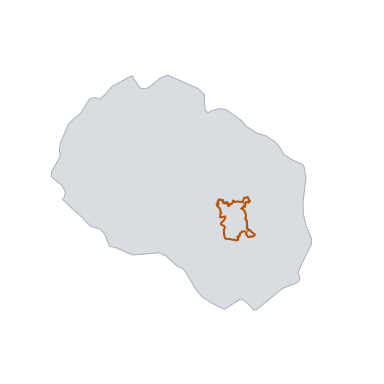 location of Shtip, Štip, North Macedonia, rotated 47°
{"feature_id": "65306769B54195317631303", "entity_name": "Shtip", "entity_type": "district", "adm_level": 2, "iso_a3": "MKD", "parent_name": "North Macedonia", "parent_adm1": "Štip", "projection": "robinson", "projection_center": [22.163, 41.717], "detail": "fine", "context": "in_parent", "style": "outline", "palette": "amber", "viewbox_px": 384, "rotation_deg": 47, "n_neighbors": 0, "source": "geoboundaries", "source_scale": "gbopen_adm2", "svg_char_len": 3207}
<svg xmlns="http://www.w3.org/2000/svg" viewBox="0 0 384 384"><g transform="rotate(47 192 192)"><path d="M174.5,106.9L180.5,107.6L193.5,104.2L201.7,99.5L205.8,98.8L211.3,97.0L219.2,97.3L227.2,99.3L237.4,96.6L247.4,92.3L251.4,93.4L255.7,97.1L258.6,98.1L275.2,117.8L284.3,125.8L295.0,131.8L307.3,136.2L311.7,140.5L319.6,161.4L323.3,169.4L328.5,171.7L329.8,174.0L330.0,177.1L324.2,191.8L322.0,224.8L320.5,227.4L314.4,227.3L306.2,228.0L303.1,230.5L299.9,248.3L286.8,253.3L274.9,256.2L264.9,255.6L247.2,251.4L241.4,250.9L236.5,253.3L220.8,254.6L213.8,257.7L197.6,278.4L181.1,285.6L175.5,289.2L162.9,284.6L156.9,284.2L148.2,289.5L129.1,290.0L123.9,290.9L109.2,291.7L108.6,288.9L105.9,284.7L99.0,282.7L85.0,284.4L81.6,281.4L76.0,263.7L71.5,260.9L66.5,255.0L58.1,235.8L57.9,227.4L58.6,220.1L54.0,202.9L56.9,198.6L61.3,195.9L61.4,189.0L60.3,178.4L65.6,157.8L67.0,156.3L68.3,157.3L80.9,159.0L84.1,156.4L86.2,152.3L87.0,137.2L90.0,130.2L120.4,117.0L129.3,116.5L136.1,122.6L141.5,126.5L144.8,126.4L146.0,122.4L149.7,114.9L155.9,110.6L174.4,106.9L174.5,106.9Z" fill="#d9dde1" stroke="#a8b0b8" stroke-width="1"/><path d="M218.0,182.5L218.9,182.6L219.6,183.0L219.9,182.7L220.3,183.0L220.6,182.9L221.4,183.1L222.1,182.7L225.0,183.7L225.2,184.3L227.3,185.0L227.1,185.9L228.0,186.6L229.5,188.6L230.7,187.8L230.7,187.2L232.3,184.6L233.4,184.9L234.6,188.3L234.3,191.3L234.9,192.5L235.3,192.7L236.5,192.6L238.0,192.1L238.4,191.7L240.1,192.1L240.7,192.5L241.5,194.8L242.6,195.4L243.8,196.6L244.5,196.8L244.8,197.5L248.2,199.3L249.0,199.2L250.3,198.3L252.0,196.5L254.4,195.1L255.2,194.3L255.4,193.6L257.0,193.4L257.7,192.0L258.4,191.5L258.4,191.1L258.1,190.4L255.7,189.3L255.6,188.9L256.9,187.9L256.2,186.3L255.4,186.0L255.0,185.3L255.3,184.4L254.9,182.5L255.6,181.9L255.8,181.2L257.5,180.0L259.3,180.4L259.7,181.2L263.3,181.6L264.1,180.7L264.3,179.1L264.4,179.4L264.7,179.0L265.4,178.8L266.1,178.0L266.4,175.5L265.6,175.0L265.2,175.4L263.2,175.4L261.9,175.9L260.7,175.4L258.5,176.0L258.5,176.8L258.0,176.2L257.4,176.7L257.3,176.2L256.3,176.5L255.4,176.3L255.0,175.9L255.0,175.1L253.8,174.2L253.3,174.2L251.5,172.2L251.1,172.4L250.5,171.5L250.1,171.4L249.4,171.3L248.9,171.7L248.3,171.5L247.7,171.0L247.7,170.6L247.0,170.2L247.0,169.7L246.0,168.5L244.9,167.7L242.8,167.2L241.8,166.4L240.5,166.6L239.8,166.4L239.6,166.7L238.8,166.6L237.8,167.1L237.8,166.2L238.3,165.5L237.5,163.9L238.9,163.2L237.3,161.2L236.8,161.1L236.4,161.3L236.5,160.8L236.1,159.8L236.6,159.5L237.3,157.9L237.9,158.1L238.4,157.8L238.4,156.4L237.7,155.6L236.4,156.0L235.3,155.1L233.6,154.8L233.4,155.7L232.7,156.3L232.4,157.6L232.1,157.5L232.0,158.4L233.0,160.2L233.3,161.7L233.7,161.8L232.4,163.3L230.0,165.1L228.5,167.8L227.3,167.4L226.4,167.8L227.8,171.1L226.8,172.6L227.3,173.4L227.2,175.0L226.9,175.2L226.5,174.8L226.7,174.2L226.3,173.7L225.7,173.6L225.2,174.0L224.4,173.1L223.7,173.1L223.4,173.8L224.3,174.1L223.5,174.9L223.1,174.4L222.5,174.2L221.8,175.7L222.5,175.9L222.4,176.2L221.8,176.1L221.4,176.5L220.6,176.2L219.2,174.8L218.6,175.7L218.6,176.1L217.2,176.1L216.7,177.5L216.3,177.2L215.8,177.6L216.5,179.1L217.1,179.6L216.8,180.1L217.4,180.4L218.2,180.3L218.7,180.8L217.9,181.6L218.0,182.5Z" fill="none" stroke="#b45309" stroke-width="2"/></g></svg>